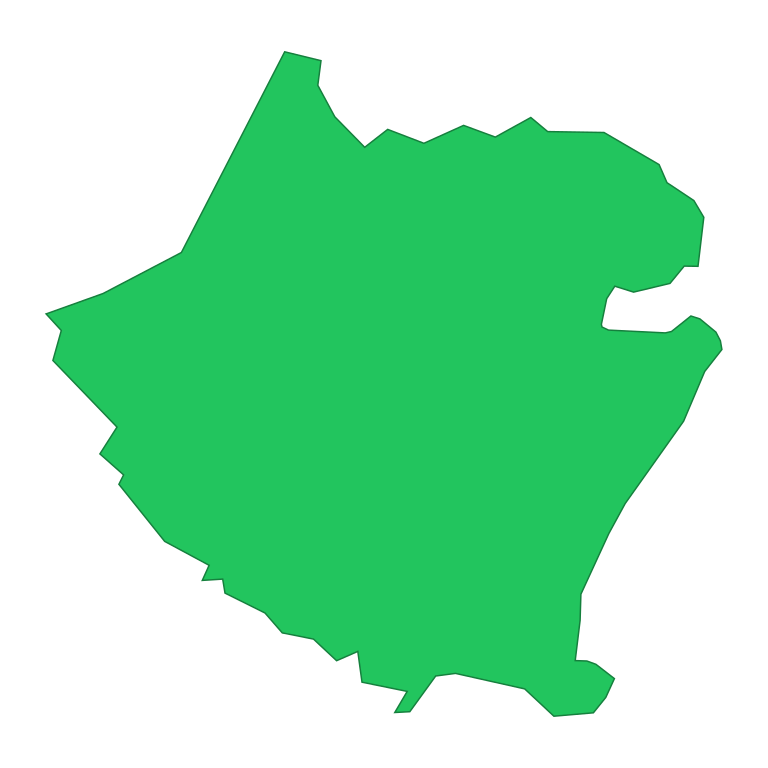 outline of McIntosh, Georgia, United States of America
{"feature_id": "52423323B58673559392327", "entity_name": "McIntosh", "entity_type": "district", "adm_level": 2, "iso_a3": "USA", "parent_name": "United States of America", "parent_adm1": "Georgia", "projection": "orthographic", "projection_center": [-81.368, 31.496], "detail": "fine", "context": "isolated", "style": "filled", "palette": "green", "viewbox_px": 768, "rotation_deg": 0, "n_neighbors": 0, "source": "geoboundaries", "source_scale": "gbopen_adm2", "svg_char_len": 988}
<svg xmlns="http://www.w3.org/2000/svg" viewBox="0 0 768 768"><path d="M46.1,313.9L61.3,330.5L52.9,360.5L117.0,427.1L99.9,453.9L123.6,474.9L118.9,484.3L164.7,541.4L209.1,565.3L202.3,580.4L222.7,579.1L225.0,593.1L265.0,613.0L282.3,632.9L313.5,639.1L336.6,660.7L357.8,651.4L362.0,682.2L407.2,691.4L394.8,712.5L409.8,711.7L435.7,676.0L455.5,673.4L524.7,688.9L553.9,716.2L593.4,712.8L605.8,697.4L614.4,678.6L595.9,664.3L586.9,661.0L575.2,660.6L580.1,620.4L580.9,594.2L608.9,533.4L625.2,503.5L683.6,421.2L704.7,371.5L721.9,349.5L720.4,340.8L715.9,332.1L699.9,318.9L690.9,316.0L671.5,331.5L665.3,332.9L608.5,330.1L602.0,327.0L601.4,324.3L606.7,298.7L614.8,286.2L633.6,292.1L670.0,283.4L684.2,266.1L698.0,266.3L703.8,217.3L693.9,200.6L667.0,182.7L659.1,164.6L604.0,132.5L547.7,131.6L530.8,117.5L495.3,137.1L463.6,125.4L423.9,143.3L387.7,129.4L364.7,147.3L334.8,116.8L317.8,85.3L321.0,60.7L284.7,51.8L181.4,252.5L103.1,293.5L46.1,313.9Z" fill="#22c55e" stroke="#15803d" stroke-width="1.5"/></svg>